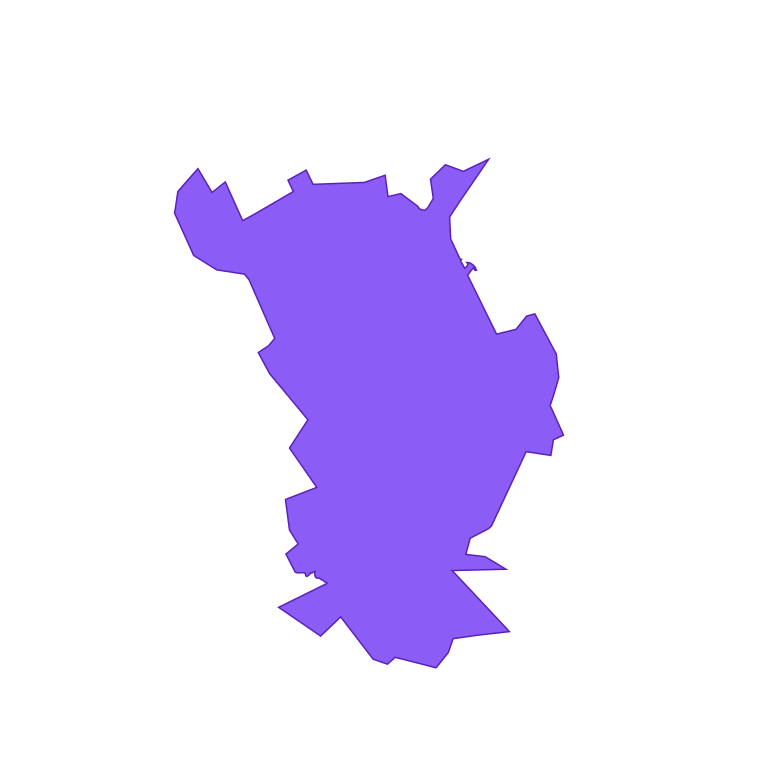 outline of Huásabas, Sonora, Mexico, rotated 242°
{"feature_id": "50627088B89429214037854", "entity_name": "Huásabas", "entity_type": "district", "adm_level": 2, "iso_a3": "MEX", "parent_name": "Mexico", "parent_adm1": "Sonora", "projection": "mercator", "projection_center": [-109.391, 29.971], "detail": "fine", "context": "isolated", "style": "filled", "palette": "violet", "viewbox_px": 768, "rotation_deg": 242, "n_neighbors": 0, "source": "geoboundaries", "source_scale": "gbopen_adm2", "svg_char_len": 2751}
<svg xmlns="http://www.w3.org/2000/svg" viewBox="0 0 768 768"><g transform="rotate(242 384 384)"><path d="M375.1,550.1L377.0,541.9L370.3,526.2L375.2,506.8L440.9,508.9L444.7,517.6L441.9,517.6L441.0,519.0L442.1,519.1L442.4,519.1L442.9,519.2L443.3,519.3L443.6,519.3L443.8,519.3L444.1,519.3L444.3,519.3L444.5,519.3L444.5,519.1L446.0,518.9L446.9,518.6L447.3,518.5L447.8,518.3L448.1,518.1L448.5,517.9L448.9,517.7L449.1,517.6L449.5,517.3L450.3,516.8L451.0,516.3L451.6,515.6L451.9,515.2L452.4,514.2L451.6,514.4L451.2,514.4L450.9,514.4L450.7,514.4L450.4,514.2L450.1,514.0L449.9,513.7L449.7,513.5L449.5,513.2L449.3,512.9L448.9,512.0L448.4,511.0L448.0,509.7L449.6,509.6L456.7,509.4L457.7,511.0L458.5,509.8L461.0,509.9L480.8,511.0L496.8,518.5L500.7,520.4L509.6,536.6L533.3,581.9L534.5,553.9L540.2,548.8L548.8,541.1L546.2,532.3L545.0,528.0L543.0,521.2L530.4,516.7L524.8,514.7L522.3,510.7L519.2,505.6L518.1,501.8L519.3,500.2L522.0,497.5L524.8,497.3L544.2,488.3L547.6,475.5L559.5,479.9L567.8,483.0L571.2,461.2L593.6,415.1L609.4,415.7L609.0,394.9L596.5,394.3L596.2,386.5L594.7,347.4L594.6,335.9L636.9,338.7L633.8,322.1L661.5,320.8L650.8,292.4L637.1,282.3L633.3,279.3L595.7,276.9L586.9,276.3L563.3,289.9L546.5,312.4L539.5,313.8L475.5,308.9L471.9,299.7L470.9,288.6L470.8,287.8L458.1,287.8L446.7,287.9L422.7,292.9L388.1,300.0L371.8,270.5L324.3,276.1L328.3,242.8L299.5,232.0L283.0,233.1L279.9,217.6L260.6,217.3L259.4,217.4L259.0,217.8L258.4,218.4L258.0,218.7L257.7,219.3L257.5,219.7L257.0,220.5L256.7,221.0L256.5,221.7L256.1,222.4L255.9,223.0L255.7,223.6L255.0,224.5L254.5,224.9L254.2,225.2L253.6,225.7L252.9,225.3L252.3,225.2L251.9,225.1L251.0,225.0L250.4,225.4L250.2,225.8L250.3,226.4L250.5,227.0L250.6,227.8L250.8,229.0L251.2,229.5L251.5,229.8L252.0,230.1L251.9,230.2L251.6,230.3L251.5,230.5L251.4,230.7L251.2,230.9L251.2,231.1L251.1,231.3L251.0,231.5L251.0,231.8L251.0,232.0L251.0,232.4L251.2,233.3L251.1,233.9L251.0,235.1L250.8,235.0L250.6,234.8L250.2,234.6L249.7,234.2L249.4,234.0L249.1,233.9L248.5,233.7L247.6,233.2L246.5,232.9L245.6,232.9L244.7,233.2L244.1,233.7L243.7,234.4L243.3,235.3L242.8,235.6L242.4,235.8L242.1,236.4L241.8,236.8L241.2,236.7L240.6,236.7L240.1,237.1L239.9,237.7L239.6,238.0L239.1,238.1L238.0,238.3L237.3,238.6L236.7,239.2L236.4,239.7L236.1,239.9L235.6,240.1L234.7,240.1L236.3,186.1L191.2,209.7L198.7,236.4L146.1,245.2L135.0,255.5L137.4,265.6L109.0,296.8L116.7,314.7L126.7,325.4L118.9,347.0L117.9,349.6L106.5,378.5L139.8,369.5L187.3,356.6L163.2,404.7L183.9,392.3L195.2,376.2L207.4,387.8L207.2,408.5L208.3,412.4L212.9,418.5L249.1,466.6L257.5,477.7L242.6,497.8L255.2,507.4L254.6,518.5L283.1,520.4L286.9,520.5L294.4,528.4L307.7,541.4L314.2,543.9L329.6,550.2L368.1,550.1L375.1,550.1Z" fill="#8b5cf6" stroke="#5b21b6" stroke-width="1.5"/></g></svg>